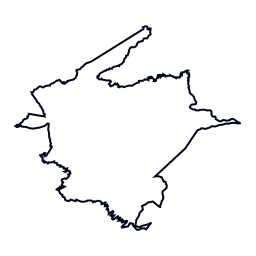 Chapada dos Guimarães, Mato Grosso, Brazil (Albers equal-area conic projection)
{"feature_id": "56859067B35702518946002", "entity_name": "Chapada dos Guimarães", "entity_type": "district", "adm_level": 2, "iso_a3": "BRA", "parent_name": "Brazil", "parent_adm1": "Mato Grosso", "projection": "albers", "projection_center": [-55.544, -15.094], "detail": "fine", "context": "isolated", "style": "outline", "palette": "ink", "viewbox_px": 256, "rotation_deg": 0, "n_neighbors": 0, "source": "geoboundaries", "source_scale": "gbopen_adm2", "svg_char_len": 5719}
<svg xmlns="http://www.w3.org/2000/svg" viewBox="0 0 256 256"><path d="M15.4,126.1L16.8,127.0L17.6,127.0L19.6,126.2L20.5,125.2L21.6,126.5L26.6,127.1L30.1,128.3L33.1,128.6L39.0,127.7L44.6,126.0L47.4,123.6L48.4,123.5L48.8,124.0L48.2,129.3L48.9,132.3L49.3,137.8L50.3,139.6L50.0,141.3L51.0,143.4L50.3,144.9L50.4,146.3L51.5,146.3L51.9,146.8L48.4,152.8L47.2,153.6L47.2,154.5L45.7,156.0L44.9,156.3L44.3,155.4L45.0,153.1L44.2,152.9L42.8,154.4L40.1,155.2L40.4,155.8L41.5,156.1L41.3,156.7L42.4,157.0L42.8,158.0L42.4,158.9L42.5,160.6L43.8,160.6L43.4,161.8L44.3,162.6L45.8,161.8L47.8,163.5L48.6,162.3L51.4,162.5L54.3,161.4L54.6,162.8L57.0,163.2L57.1,164.9L57.7,165.3L58.8,164.8L60.7,165.6L60.1,166.7L62.4,166.7L63.8,167.3L63.6,168.5L64.2,168.7L67.2,168.4L66.7,169.8L65.2,171.3L64.4,171.6L65.2,172.0L68.0,170.6L69.7,171.2L70.2,172.0L69.9,172.6L70.3,173.4L69.3,173.6L69.2,174.4L68.2,174.5L69.2,175.7L68.5,176.3L68.5,177.0L65.9,179.0L64.7,178.4L61.9,179.5L61.7,180.2L62.0,181.4L63.2,182.2L61.7,184.7L61.8,185.4L64.8,186.6L63.6,187.4L63.0,187.1L61.1,188.7L60.2,188.9L61.4,187.5L60.1,186.7L59.7,187.8L58.5,188.0L56.6,189.4L57.1,189.9L58.3,189.6L59.2,190.7L59.1,191.3L60.3,193.7L62.6,195.0L62.4,196.2L63.0,196.9L64.4,197.2L65.3,200.0L67.4,200.9L69.1,201.1L70.5,199.6L75.7,201.2L76.3,199.6L80.9,201.6L82.9,201.8L86.7,201.2L87.3,200.6L90.2,200.5L91.6,200.6L93.2,202.3L94.0,201.2L95.3,201.9L96.3,201.1L97.6,200.8L100.3,201.2L101.3,202.6L101.9,202.7L101.6,204.1L103.3,203.7L105.0,202.4L105.6,202.6L104.9,203.8L104.8,206.0L107.2,204.7L107.3,205.3L106.4,206.2L107.8,206.3L106.7,209.2L108.1,209.1L108.3,211.5L109.0,212.4L108.8,213.8L112.9,211.0L113.3,211.4L113.4,212.3L110.5,215.6L111.3,216.0L114.1,215.4L111.9,218.4L112.6,219.4L113.2,219.5L117.9,216.3L118.2,217.0L117.7,218.6L118.4,218.6L120.0,217.5L120.4,217.9L118.5,220.7L119.9,220.5L122.2,219.4L123.1,220.4L121.9,221.0L121.5,221.8L121.8,222.4L122.7,222.4L126.2,220.9L127.0,221.1L126.3,222.7L122.8,225.7L122.9,226.3L121.8,226.9L122.0,227.5L128.1,226.4L129.8,223.2L131.1,223.7L132.0,223.3L133.0,223.9L133.0,225.3L136.5,229.5L137.1,229.8L139.7,229.5L141.2,228.6L142.5,228.4L144.5,228.4L146.0,229.3L151.3,222.6L148.2,224.3L141.6,226.0L140.5,226.7L138.9,227.1L136.6,226.4L135.4,225.5L136.4,219.7L138.6,216.4L139.7,212.8L142.8,209.7L142.1,206.0L146.1,204.1L147.7,202.6L152.8,201.5L159.2,206.7L160.2,206.9L160.3,205.0L161.3,203.3L161.6,201.2L163.1,199.2L163.3,197.2L162.4,192.7L162.6,191.4L166.6,187.9L166.7,185.0L166.0,184.1L165.6,182.1L164.5,181.4L163.8,181.7L161.7,177.3L158.0,176.1L155.0,176.5L185.3,148.4L197.4,130.3L200.2,129.3L201.2,128.3L202.9,128.3L205.0,129.0L209.8,127.5L212.0,126.2L215.3,126.5L219.7,124.9L222.6,124.8L223.5,124.2L226.5,123.6L229.1,123.6L232.2,122.8L240.6,123.5L235.7,120.8L234.6,119.6L232.6,118.9L230.9,119.1L229.9,120.2L226.7,120.7L223.6,120.0L222.0,120.5L221.4,121.3L219.1,121.1L215.8,119.1L215.4,116.7L213.4,116.7L212.3,116.1L211.5,114.5L211.5,111.8L210.8,110.6L210.1,110.3L207.0,110.5L205.0,109.8L202.2,109.7L199.6,110.0L199.0,110.4L195.6,110.3L195.2,109.6L192.9,109.4L190.5,108.1L189.8,107.1L190.5,105.8L191.7,104.6L195.7,104.1L196.3,102.3L194.5,99.2L194.1,97.2L192.3,95.0L190.5,93.9L189.5,91.6L189.6,90.8L188.4,87.4L189.0,86.8L188.9,86.0L188.1,83.9L188.6,80.9L188.0,80.7L188.0,79.8L188.7,78.9L188.0,77.6L188.7,77.4L189.3,76.3L188.8,75.1L189.3,74.8L188.8,73.2L187.4,73.4L186.9,72.7L187.1,71.2L188.1,70.7L187.4,70.3L184.9,71.5L184.4,72.2L183.0,72.2L181.8,74.2L181.9,75.1L181.2,74.8L180.9,73.5L180.4,74.5L180.7,75.3L180.5,76.5L179.6,76.6L179.5,77.5L177.2,77.4L176.7,78.0L176.2,77.4L175.8,78.0L174.1,76.9L173.4,77.1L173.0,76.3L171.6,76.2L169.8,74.9L169.2,75.8L167.0,75.9L165.6,76.6L165.1,76.1L165.5,75.6L165.0,74.9L164.5,75.0L163.2,74.1L163.0,76.0L161.9,75.7L161.0,76.7L161.2,75.0L160.4,74.9L159.9,75.6L159.4,74.9L157.9,75.2L157.6,76.3L158.0,76.9L158.8,77.0L158.1,77.9L156.8,78.1L156.3,78.8L156.1,80.5L155.1,81.3L153.8,81.1L154.4,80.4L154.0,79.5L152.3,77.6L151.9,78.2L151.3,78.2L151.2,76.8L150.4,76.7L148.4,77.5L149.4,78.4L148.4,78.7L148.4,80.1L146.9,79.4L145.9,79.7L145.1,79.2L142.9,80.8L138.9,80.9L138.8,82.6L137.2,82.7L132.1,85.7L128.9,85.6L124.0,87.1L122.6,86.5L120.1,86.5L119.6,87.3L119.0,87.2L118.0,86.7L118.6,85.3L117.3,83.6L116.2,84.6L115.1,83.4L112.7,85.7L111.4,85.7L110.9,86.3L110.2,86.1L109.7,84.4L108.9,83.9L110.9,81.6L110.4,80.7L109.0,80.3L107.7,80.6L102.4,79.6L101.6,78.7L101.1,79.3L99.4,79.4L97.3,77.8L97.4,76.5L97.7,76.0L98.1,76.4L98.9,76.3L99.1,74.6L99.8,73.6L105.0,70.5L105.9,70.7L107.0,69.5L108.0,69.8L108.8,69.4L109.2,68.7L109.5,69.2L111.4,68.4L112.0,68.7L112.4,67.7L113.7,66.9L117.9,65.8L119.2,66.1L119.4,65.0L121.7,64.0L122.5,63.2L122.8,62.2L123.6,62.0L124.4,58.7L125.8,57.7L126.1,55.7L127.7,55.4L129.1,51.0L128.9,50.3L130.1,48.2L131.3,47.1L133.5,47.4L135.4,46.7L137.0,44.7L136.9,43.9L138.6,42.0L142.5,41.0L144.2,38.3L147.0,38.4L147.5,38.0L148.8,35.5L150.2,34.8L150.7,34.0L150.1,32.3L150.6,28.5L149.8,28.3L148.7,29.4L148.0,29.4L147.5,29.0L147.3,26.7L145.8,26.2L143.1,27.2L143.6,27.6L143.4,29.0L91.7,61.3L85.7,63.6L82.2,67.1L81.1,67.6L80.1,69.2L76.4,70.1L76.3,70.8L77.2,72.5L77.0,75.1L76.5,75.4L75.7,77.9L73.1,79.7L70.1,80.3L68.3,81.2L67.9,80.8L67.1,81.3L66.9,82.2L65.8,82.5L65.0,83.7L64.4,83.8L63.8,81.4L63.5,82.6L62.5,83.3L59.4,79.8L57.6,80.7L56.9,80.5L53.2,83.2L51.4,83.7L50.0,84.8L50.0,85.6L48.4,85.5L45.1,86.2L43.2,87.5L40.2,86.3L39.3,86.5L36.1,89.4L35.1,89.4L34.2,89.9L33.3,92.0L31.4,92.2L32.2,93.6L32.0,94.2L36.6,100.4L37.3,102.2L39.1,103.6L40.2,106.0L41.7,107.7L41.7,108.4L43.2,110.7L43.6,113.6L44.8,114.2L44.2,115.5L44.6,116.5L28.7,113.8L28.6,115.2L27.9,116.4L27.3,116.5L27.6,117.8L27.1,118.3L25.8,118.9L24.8,118.9L23.4,119.9L22.3,122.0L20.2,123.5L19.2,124.8L17.0,124.8L15.4,126.1Z" fill="none" stroke="#020617" stroke-width="2"/></svg>